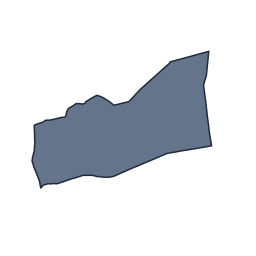 Malem Hodar, Kaffrine, Senegal, rotated 69°
{"feature_id": "50182788B13883389428586", "entity_name": "Malem Hodar", "entity_type": "district", "adm_level": 2, "iso_a3": "SEN", "parent_name": "Senegal", "parent_adm1": "Kaffrine", "projection": "equal_earth", "projection_center": [-15.234, 14.358], "detail": "fine", "context": "isolated", "style": "filled", "palette": "slate", "viewbox_px": 256, "rotation_deg": 69, "n_neighbors": 0, "source": "geoboundaries", "source_scale": "gbopen_adm2", "svg_char_len": 2918}
<svg xmlns="http://www.w3.org/2000/svg" viewBox="0 0 256 256"><g transform="rotate(69 128 128)"><path d="M81.4,64.9L82.1,65.3L96.4,102.8L103.7,117.7L101.7,133.0L96.0,136.4L91.4,139.8L88.4,142.7L86.3,145.5L87.2,152.1L88.4,158.2L89.5,159.0L89.5,161.6L87.7,164.8L86.6,167.8L87.7,171.9L88.3,176.5L90.5,179.1L95.4,182.5L94.3,186.2L92.7,197.8L91.2,202.3L92.1,205.1L91.8,209.5L91.7,213.8L92.0,214.4L92.1,214.7L92.6,214.8L93.3,215.0L93.9,215.4L94.3,215.4L95.1,215.7L95.6,215.8L96.2,216.1L97.0,216.3L97.7,216.6L98.4,216.9L98.8,217.0L99.9,217.3L100.9,217.6L101.8,218.0L102.5,218.2L103.3,218.6L103.9,218.7L104.7,219.2L105.4,219.2L105.8,219.3L106.6,219.6L107.5,219.9L108.7,220.4L109.2,220.6L109.8,221.0L110.4,221.3L111.0,221.5L111.5,221.9L111.9,222.0L112.1,222.0L112.4,222.2L113.6,222.7L114.3,223.0L115.2,223.5L116.0,223.8L116.5,224.2L117.2,224.8L117.9,225.4L118.8,225.8L119.5,226.4L120.3,226.9L120.8,227.4L121.6,227.9L122.2,228.2L123.0,228.5L123.3,228.8L123.6,228.8L123.8,229.0L124.0,229.1L124.3,229.3L124.5,229.4L125.0,229.4L125.4,229.4L125.7,229.5L126.1,229.6L126.4,229.6L126.7,229.6L127.0,229.4L127.3,229.5L128.1,229.5L128.4,229.6L128.7,229.7L129.0,229.8L129.5,229.7L130.3,229.7L130.6,229.8L131.1,229.9L131.3,229.8L131.9,229.8L132.2,229.9L132.6,229.9L133.1,229.8L133.4,229.9L133.7,229.8L134.1,229.7L134.4,229.7L135.0,229.8L135.4,229.7L135.8,229.8L136.1,229.7L136.4,229.8L137.1,229.8L137.6,229.7L138.8,229.7L139.2,229.8L140.0,229.8L140.2,229.7L140.5,229.7L140.8,229.7L141.4,229.6L141.9,229.7L142.3,229.7L143.0,229.7L143.3,229.6L143.8,229.6L144.0,229.7L144.6,229.6L145.0,229.6L145.4,229.7L145.8,229.8L146.3,229.7L147.2,229.9L147.7,230.1L148.3,230.0L149.0,230.2L149.2,230.4L149.8,230.4L150.1,230.4L150.5,230.4L151.1,230.7L151.4,230.8L151.9,230.8L152.4,230.8L152.6,230.8L152.4,230.4L152.0,229.3L151.5,228.7L151.4,228.7L151.0,227.2L151.0,226.7L151.3,223.8L151.4,222.5L152.6,220.0L153.1,217.4L154.6,214.4L154.9,208.9L155.1,203.4L155.3,197.9L155.6,195.3L155.8,191.4L156.1,187.2L156.6,185.5L158.2,181.4L158.4,180.9L159.1,179.0L159.8,177.7L161.9,174.7L162.9,172.8L164.1,170.4L164.4,169.9L164.5,169.6L164.6,169.4L164.8,169.2L165.6,167.3L166.6,164.7L167.2,163.0L167.7,160.4L168.0,158.6L167.9,157.1L167.5,150.0L167.4,146.4L167.2,142.9L166.9,136.1L166.9,131.1L166.5,123.8L166.5,121.0L166.4,118.2L166.3,115.4L166.3,114.3L166.1,111.2L166.0,107.9L165.9,104.6L165.8,101.3L165.8,100.0L167.4,92.4L167.7,90.8L167.8,90.1L168.3,87.3L169.2,83.1L170.6,76.3L171.7,71.0L172.8,65.5L173.6,61.5L174.4,57.0L174.5,56.8L174.6,56.4L171.3,55.7L168.1,55.0L164.9,54.4L163.5,54.1L161.6,53.7L157.9,52.8L154.2,51.8L150.5,50.9L145.9,49.8L143.2,49.1L140.5,48.4L137.8,47.7L135.2,47.0L132.6,46.3L130.0,45.7L126.6,44.9L123.2,44.1L119.9,43.3L116.5,42.5L114.7,41.9L110.9,39.0L107.1,36.0L102.9,33.9L98.6,31.8L94.4,29.6L90.1,27.5L85.4,25.2L85.2,27.2L84.4,34.9L83.7,42.6L82.9,50.3L82.8,51.7L82.1,57.9L81.4,64.9Z" fill="#64748b" stroke="#1e293b" stroke-width="1.5"/></g></svg>